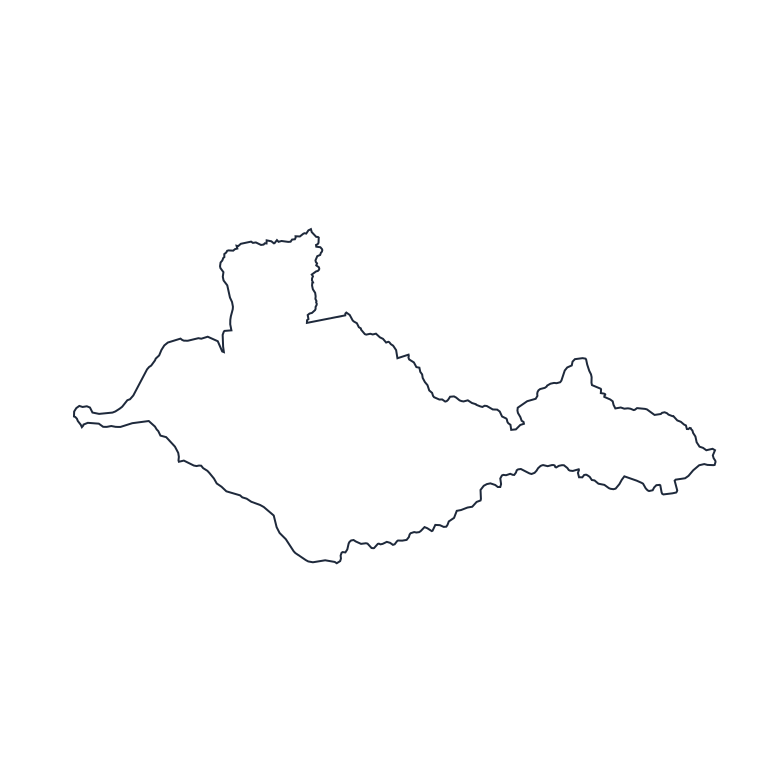 the district of Mora, San José, Costa Rica, rotated 168°
{"feature_id": "36466004B40218222859815", "entity_name": "Mora", "entity_type": "district", "adm_level": 2, "iso_a3": "CRI", "parent_name": "Costa Rica", "parent_adm1": "San José", "projection": "robinson", "projection_center": [-84.265, 9.872], "detail": "fine", "context": "isolated", "style": "outline", "palette": "slate", "viewbox_px": 768, "rotation_deg": 168, "n_neighbors": 0, "source": "geoboundaries", "source_scale": "gbopen_adm2", "svg_char_len": 6128}
<svg xmlns="http://www.w3.org/2000/svg" viewBox="0 0 768 768"><g transform="rotate(168 384 384)"><path d="M688.5,404.6L686.8,405.9L686.4,406.8L681.8,407.6L671.2,404.5L667.6,400.5L664.0,399.7L659.5,399.6L655.2,397.8L650.7,396.8L638.4,398.0L621.8,396.7L616.9,390.0L615.8,386.8L614.6,384.9L613.4,380.0L608.1,377.3L601.5,366.2L599.6,359.4L599.8,355.4L600.9,352.0L600.8,350.6L595.7,350.7L587.0,343.8L584.4,342.7L581.9,342.7L579.8,342.1L578.4,339.3L574.8,335.8L573.3,333.3L570.0,326.9L568.3,321.5L564.3,317.3L560.5,311.8L547.9,305.0L546.2,302.6L542.2,300.4L538.3,296.4L530.3,291.4L527.2,288.7L519.2,278.3L518.8,266.3L517.1,260.0L512.3,252.6L507.1,239.1L505.8,237.0L497.0,227.9L495.0,226.2L490.6,224.4L478.2,223.8L469.2,220.2L467.5,218.5L463.7,219.9L462.4,222.2L462.1,225.2L460.6,227.7L459.5,228.2L456.8,227.3L454.3,229.8L451.7,235.4L450.6,236.7L448.7,237.8L446.2,237.7L444.3,235.8L439.7,232.4L434.8,232.0L433.3,231.3L430.3,226.2L428.6,225.6L427.8,225.6L423.3,228.9L422.2,228.9L420.8,227.9L418.6,227.9L414.1,229.0L411.1,227.4L408.7,224.8L406.9,225.0L404.0,227.5L402.9,228.0L398.8,227.0L394.3,226.8L391.5,229.1L390.2,231.5L389.0,232.5L385.3,232.9L383.2,232.0L380.4,231.8L378.7,232.5L374.1,235.6L371.6,233.9L367.9,230.2L367.0,230.4L363.1,235.5L358.7,234.3L355.3,231.8L352.7,231.5L351.1,233.1L349.2,236.1L343.3,238.5L339.2,244.8L334.9,244.7L328.0,245.8L323.2,245.6L317.9,249.4L313.8,250.0L313.1,251.4L311.6,260.3L307.6,263.7L304.2,264.7L300.6,264.7L296.2,262.1L294.1,259.6L291.7,259.1L290.3,261.7L289.9,267.4L287.7,270.0L286.2,270.3L283.6,269.4L279.2,269.9L276.8,268.3L275.5,268.0L273.3,270.0L272.1,272.0L270.6,272.6L267.8,272.4L260.3,266.3L258.4,265.3L255.2,265.8L252.8,267.5L250.8,269.6L247.9,271.3L246.1,271.6L245.2,271.6L241.0,269.6L236.5,269.8L234.9,269.4L234.0,268.8L233.7,267.1L232.9,266.6L229.9,267.6L226.8,267.6L224.9,267.1L222.1,263.7L221.2,261.5L220.1,260.6L217.4,259.7L211.3,260.1L211.2,259.3L212.8,256.7L212.6,252.2L209.4,251.5L207.1,253.4L205.2,253.3L204.1,252.5L202.1,250.4L200.7,246.9L198.1,245.9L195.0,241.9L189.4,239.5L185.6,235.3L184.2,234.4L181.5,233.4L179.2,233.5L174.6,237.1L171.3,240.9L168.1,243.7L156.9,236.9L152.5,233.7L151.3,232.6L149.7,227.5L148.3,225.2L147.0,224.2L143.3,224.2L141.2,226.7L138.6,228.4L135.3,228.0L134.8,227.4L135.0,220.3L134.7,218.8L133.7,217.9L124.6,217.1L120.8,217.1L120.1,217.7L119.3,218.9L119.8,229.0L118.6,229.8L109.1,229.2L105.3,230.8L99.5,235.3L92.6,239.0L87.4,239.1L84.4,237.6L78.5,236.1L77.4,236.1L75.9,238.9L75.9,240.1L77.0,242.9L77.2,245.8L74.0,250.4L76.1,252.3L82.5,252.2L85.2,255.2L88.4,257.1L90.3,262.0L90.3,267.9L91.8,271.8L92.0,274.4L93.0,276.0L93.1,277.0L94.2,277.5L95.5,276.6L97.1,277.0L97.3,280.7L98.9,281.9L101.5,285.3L104.7,287.4L107.7,292.5L108.4,292.5L112.1,294.9L113.3,296.6L115.4,298.0L118.0,298.0L119.5,297.1L125.8,297.5L132.1,304.5L133.9,305.4L141.5,307.8L144.1,306.6L145.2,306.6L148.1,308.6L150.5,309.5L154.1,309.9L157.3,311.8L162.8,312.0L163.8,315.8L163.9,319.5L165.9,321.8L171.2,325.6L170.9,326.6L169.8,327.5L169.8,328.0L170.7,328.8L173.8,330.0L172.8,333.6L173.0,334.3L180.8,339.7L180.8,342.1L179.5,347.5L179.5,350.4L180.5,354.2L181.2,360.8L181.2,365.9L181.6,366.9L184.4,368.0L192.1,368.6L194.9,366.7L196.5,363.1L201.3,362.1L204.4,359.6L209.8,350.4L211.3,349.1L215.0,348.9L217.4,349.7L221.1,349.7L224.8,348.5L225.4,347.7L227.5,346.8L232.3,346.6L234.2,345.7L235.5,344.2L236.2,342.5L236.4,340.5L238.7,338.0L247.5,337.4L258.1,333.0L259.0,330.3L259.0,327.8L257.5,323.3L257.0,319.4L255.4,317.9L255.4,316.0L259.2,315.6L264.4,312.2L269.1,312.7L268.8,317.8L270.6,319.8L271.2,321.4L271.2,323.9L271.6,324.8L275.3,327.7L276.5,333.0L278.6,335.4L282.9,336.5L288.0,341.1L290.1,341.8L292.5,341.1L294.5,342.1L298.1,344.5L298.3,345.1L301.9,347.1L305.4,350.6L309.8,350.4L311.8,351.2L313.5,352.3L316.3,355.8L318.1,357.3L322.0,357.8L324.6,355.2L326.3,354.2L327.8,354.1L330.3,356.8L333.1,357.3L337.8,360.7L338.5,362.2L338.8,365.3L341.1,368.3L341.7,373.8L343.6,377.4L344.9,381.9L344.7,385.4L346.0,388.4L346.0,392.6L348.8,393.8L350.3,398.9L354.3,402.8L354.6,404.8L353.9,406.4L353.9,407.6L365.5,406.4L365.1,414.6L367.1,419.6L369.0,421.5L370.1,423.7L371.0,424.4L373.3,424.1L375.6,428.4L378.3,430.5L381.4,434.9L384.7,434.8L387.0,436.0L391.1,436.0L392.4,436.8L395.1,441.9L395.1,443.2L396.8,444.8L397.9,449.1L400.4,451.3L401.4,452.6L403.2,458.7L406.0,461.7L407.1,461.0L407.6,459.2L446.7,459.8L446.0,462.4L444.4,463.2L444.3,467.3L442.2,468.4L439.7,468.5L436.1,470.6L435.3,471.7L434.9,473.6L433.5,475.3L433.1,476.4L433.4,478.1L432.8,479.1L433.4,481.5L432.6,484.1L432.4,487.5L433.9,491.5L433.9,495.3L433.1,497.9L432.3,498.0L432.9,500.4L432.4,502.3L431.1,504.1L431.9,506.1L426.9,508.3L425.3,508.3L423.7,509.4L423.3,510.5L423.5,511.8L425.6,514.1L424.4,515.9L425.3,517.5L425.3,519.2L422.7,522.9L419.6,523.5L418.5,525.4L417.2,526.4L416.5,527.8L416.6,528.8L417.8,531.0L421.7,532.4L421.6,534.1L419.8,534.6L418.7,535.7L417.4,540.8L418.1,541.6L419.7,542.0L423.1,547.6L423.3,550.7L426.0,550.0L428.8,547.3L430.3,548.0L431.6,547.8L435.6,545.8L439.8,546.9L440.0,545.5L441.1,544.1L443.9,544.4L445.8,542.6L448.1,542.9L454.5,545.2L457.6,545.0L458.8,547.0L461.8,544.5L462.5,544.5L464.5,547.0L468.9,548.9L469.7,545.9L471.4,546.4L472.8,545.4L475.4,545.6L479.9,549.1L482.9,549.3L484.4,550.9L494.9,550.9L497.9,549.2L499.5,549.9L499.3,547.0L501.7,546.9L503.8,545.8L508.3,547.0L509.7,546.9L511.0,545.4L513.2,544.3L513.8,541.3L515.0,540.7L516.5,538.4L518.6,536.8L519.9,533.3L519.9,531.4L517.8,526.8L519.4,522.4L519.4,518.6L516.8,513.1L516.7,500.6L515.6,495.8L515.7,491.0L516.4,488.6L519.7,482.1L521.0,478.7L522.0,474.4L522.1,468.2L529.0,469.1L529.8,468.5L531.6,465.6L533.6,454.0L534.0,448.5L535.5,449.5L537.7,460.4L546.6,466.9L553.3,466.3L556.0,467.4L566.9,467.1L570.7,468.0L572.2,469.0L573.6,470.7L586.8,469.5L590.9,467.4L594.6,463.6L598.0,458.7L602.0,456.3L603.1,454.7L607.9,450.4L610.2,449.5L612.7,447.6L631.6,424.9L635.6,421.9L638.4,421.5L644.8,416.2L647.7,414.8L652.5,413.0L655.5,412.5L668.9,414.0L675.1,416.7L676.5,422.1L679.3,424.0L683.6,424.2L686.6,425.9L690.0,424.4L692.8,421.5L694.0,416.7L692.8,415.9L691.6,413.9L691.2,411.5L689.1,407.2L688.5,404.6Z" fill="none" stroke="#1e293b" stroke-width="2"/></g></svg>